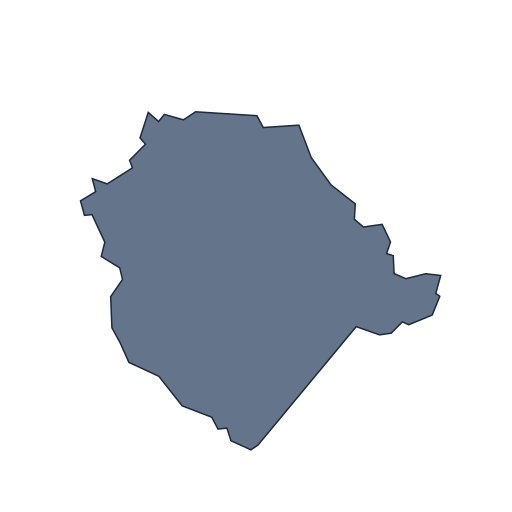 the district of Ritchie, West Virginia, United States of America, rotated 66°
{"feature_id": "52423323B94765650307580", "entity_name": "Ritchie", "entity_type": "district", "adm_level": 2, "iso_a3": "USA", "parent_name": "United States of America", "parent_adm1": "West Virginia", "projection": "natural_earth1", "projection_center": [-81.069, 39.199], "detail": "fine", "context": "isolated", "style": "filled", "palette": "slate", "viewbox_px": 512, "rotation_deg": 66, "n_neighbors": 0, "source": "geoboundaries", "source_scale": "gbopen_adm2", "svg_char_len": 837}
<svg xmlns="http://www.w3.org/2000/svg" viewBox="0 0 512 512"><g transform="rotate(66 256 256)"><path d="M429.5,331.1L361.3,193.2L378.3,175.2L381.5,163.8L375.7,149.1L380.9,144.5L381.6,119.1L367.6,104.5L363.4,107.0L348.9,95.2L341.2,108.2L337.7,128.3L328.2,137.0L311.6,130.5L306.9,135.7L297.9,127.4L278.4,127.9L273.2,146.1L262.4,151.2L248.8,144.1L221.6,158.5L188.5,165.5L153.9,163.6L141.6,197.1L128.2,198.1L99.7,252.5L102.1,266.9L89.4,282.1L93.5,290.3L81.0,296.0L100.9,313.9L108.9,311.5L117.1,332.6L125.2,333.0L129.6,362.6L118.7,374.1L132.0,376.3L134.2,393.9L149.1,396.2L151.5,389.0L181.9,388.5L193.5,397.6L211.4,385.3L223.1,387.5L234.0,405.3L262.9,416.8L280.5,415.4L301.5,415.4L326.4,393.7L362.9,384.4L385.3,362.0L398.7,361.1L401.4,352.6L414.6,354.0L431.0,339.5L429.5,331.1Z" fill="#64748b" stroke="#1e293b" stroke-width="1.5"/></g></svg>